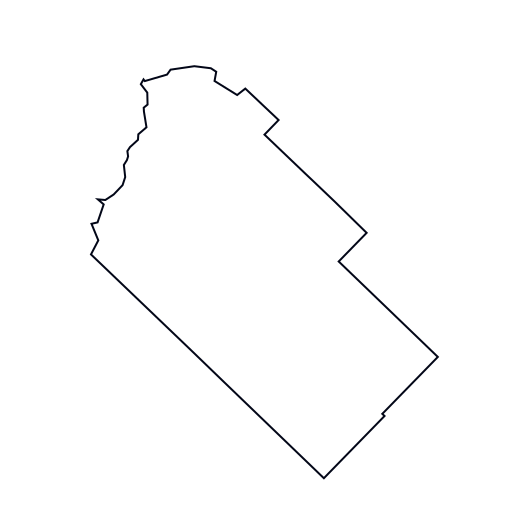 the district of Stearns, Minnesota, United States of America, rotated 224°
{"feature_id": "52423323B14024513602917", "entity_name": "Stearns", "entity_type": "district", "adm_level": 2, "iso_a3": "USA", "parent_name": "United States of America", "parent_adm1": "Minnesota", "projection": "robinson", "projection_center": [-94.368, 45.529], "detail": "fine", "context": "isolated", "style": "outline", "palette": "ink", "viewbox_px": 512, "rotation_deg": 224, "n_neighbors": 0, "source": "geoboundaries", "source_scale": "gbopen_adm2", "svg_char_len": 748}
<svg xmlns="http://www.w3.org/2000/svg" viewBox="0 0 512 512"><g transform="rotate(224 256 256)"><path d="M52.8,143.3L52.8,150.0L52.4,230.2L55.5,230.2L55.1,309.7L192.7,309.5L192.5,349.5L238.4,349.8L269.5,349.6L277.5,349.5L334.2,349.2L334.2,369.5L380.0,369.0L381.4,358.7L407.4,353.1L412.6,360.9L418.9,359.7L432.2,349.7L446.9,330.7L446.0,324.7L457.5,304.6L459.6,304.9L458.2,299.6L447.7,298.0L439.2,289.6L439.8,284.7L437.0,282.1L424.2,272.5L425.2,261.8L421.6,257.6L422.3,246.8L421.4,242.1L417.2,238.8L415.5,235.4L414.3,229.7L404.9,221.9L401.2,214.3L401.1,201.4L403.3,191.6L409.1,186.9L401.4,187.3L393.3,170.1L396.7,164.9L380.3,157.7L375.8,142.5L285.9,142.9L237.3,143.1L191.5,143.1L52.8,143.3Z" fill="none" stroke="#020617" stroke-width="2"/></g></svg>